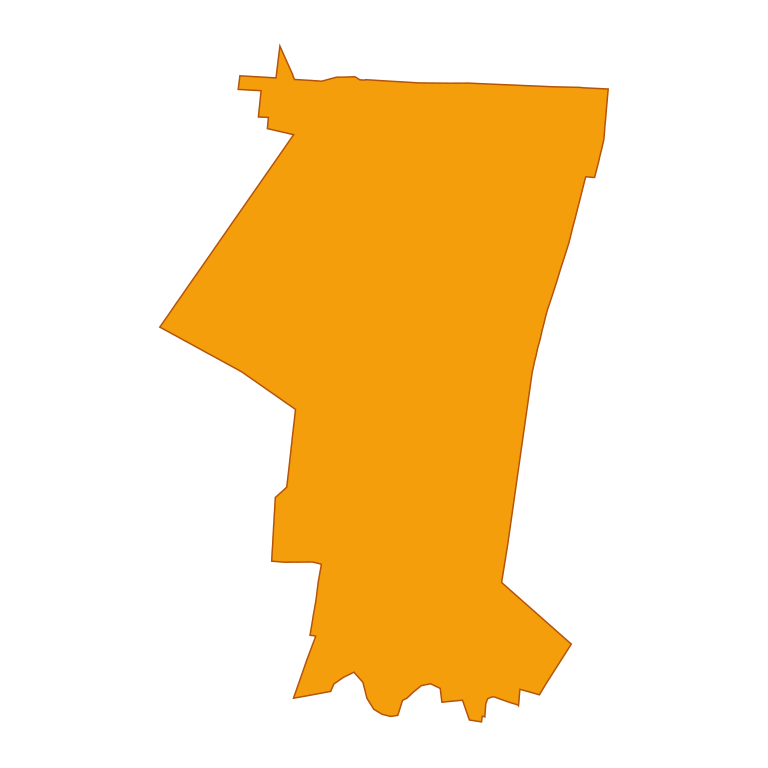 San Raymundo Jalpan, Oaxaca, Mexico
{"feature_id": "50627088B22735583754735", "entity_name": "San Raymundo Jalpan", "entity_type": "district", "adm_level": 2, "iso_a3": "MEX", "parent_name": "Mexico", "parent_adm1": "Oaxaca", "projection": "equal_earth", "projection_center": [-96.757, 16.981], "detail": "fine", "context": "isolated", "style": "filled", "palette": "amber", "viewbox_px": 768, "rotation_deg": 0, "n_neighbors": 0, "source": "geoboundaries", "source_scale": "gbopen_adm2", "svg_char_len": 2964}
<svg xmlns="http://www.w3.org/2000/svg" viewBox="0 0 768 768"><path d="M293.5,698.2L306.5,695.9L330.7,691.4L333.9,684.0L343.3,677.4L353.9,672.2L362.9,682.3L367.0,698.4L373.8,709.3L382.1,714.3L390.4,716.4L397.8,715.4L402.5,700.4L406.9,698.2L413.6,691.9L421.4,685.6L430.6,683.8L440.2,688.4L441.9,702.2L462.5,700.2L469.4,720.0L481.5,721.9L482.3,716.2L484.9,716.9L485.0,714.3L485.8,703.6L487.7,698.7L491.5,697.1L492.0,696.9L493.2,696.9L494.4,697.0L495.2,697.2L497.7,698.2L499.7,698.9L509.6,702.4L517.8,704.9L518.5,705.7L519.0,700.3L519.2,697.4L519.9,689.3L528.9,691.8L539.4,694.8L546.0,683.8L571.3,644.1L557.7,632.1L501.6,582.5L507.7,544.6L532.3,371.7L533.0,368.8L534.8,360.4L535.9,356.3L537.8,347.6L540.1,339.5L542.1,330.5L544.1,322.8L545.0,319.0L546.5,313.2L547.3,310.3L548.1,307.8L549.4,304.1L552.5,294.7L555.3,286.0L556.7,281.7L557.9,277.7L560.8,268.2L564.1,258.0L567.3,247.9L568.8,243.2L570.4,236.9L571.5,232.4L572.6,227.8L575.1,218.5L577.6,208.6L578.4,205.4L579.3,202.1L580.1,198.9L582.8,188.1L585.2,178.7L585.7,176.7L592.4,177.4L594.6,177.4L598.6,162.0L599.8,156.5L601.0,151.6L601.6,149.4L602.4,145.8L603.3,142.0L603.9,139.3L604.5,131.9L604.9,126.0L605.5,120.0L606.6,107.0L608.2,89.0L583.5,87.8L580.2,87.4L553.7,86.8L511.5,85.0L479.3,83.6L468.4,83.1L450.1,83.2L418.0,82.9L412.6,82.5L395.6,81.5L391.8,81.3L377.3,80.4L371.0,80.0L365.4,79.7L364.5,80.1L359.8,79.8L357.3,78.2L355.1,76.8L350.2,76.9L347.8,77.0L343.9,77.1L336.2,77.2L334.7,77.7L333.1,78.1L323.1,80.8L322.4,81.0L321.7,81.2L320.1,81.1L316.7,80.8L315.7,80.8L314.0,80.7L312.0,80.5L310.4,80.4L306.8,80.2L305.5,80.1L302.8,80.0L302.0,79.9L301.5,79.9L297.1,79.6L294.5,79.5L292.8,75.5L292.9,75.1L279.9,46.1L276.0,77.9L239.9,75.8L238.2,89.4L261.1,90.7L258.4,117.0L268.4,117.4L267.4,128.6L293.6,134.7L290.6,139.0L285.7,146.1L281.3,152.4L276.1,159.9L269.0,170.1L258.7,184.9L251.6,195.1L250.4,196.8L238.3,214.2L232.2,222.9L225.1,233.2L218.8,242.2L208.8,256.7L207.2,258.9L203.7,264.0L189.5,284.3L187.6,287.0L183.0,293.7L179.6,298.6L176.2,303.4L168.8,314.2L159.8,327.1L173.4,334.5L181.3,338.8L184.5,340.6L188.8,342.9L196.8,347.3L198.7,348.3L200.8,349.5L203.7,351.1L205.9,352.3L208.1,353.5L210.0,354.5L213.2,356.2L217.9,358.8L241.6,371.8L288.3,404.4L292.1,407.0L294.2,408.5L295.5,409.4L294.2,421.3L293.5,426.8L293.2,430.1L292.6,434.9L292.1,439.3L292.0,440.9L291.7,443.4L291.1,448.4L290.7,452.4L290.2,456.8L289.8,460.2L289.6,462.2L288.5,471.9L288.3,473.6L287.9,477.1L287.6,479.6L287.1,484.0L286.8,486.5L286.8,487.1L285.9,487.9L281.9,491.6L278.4,494.7L276.8,496.2L275.3,497.5L275.0,503.4L274.9,505.1L274.8,507.3L274.6,510.8L274.3,514.5L273.9,522.8L273.6,526.6L273.2,534.5L273.0,537.3L272.8,541.5L272.7,544.0L272.1,552.8L271.7,561.2L284.4,562.2L312.3,562.0L316.7,563.0L319.8,563.8L321.3,564.3L320.9,567.2L319.7,573.8L318.2,582.2L317.2,590.4L315.8,601.4L313.1,616.4L312.7,619.3L310.0,635.3L311.9,635.5L313.3,635.6L314.5,635.9L315.7,636.2L306.9,659.8L293.5,698.2Z" fill="#f59e0b" stroke="#b45309" stroke-width="1.5"/></svg>